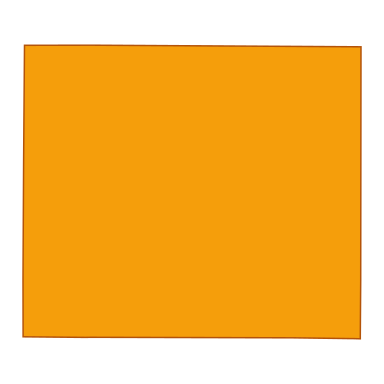 Barron, Wisconsin, United States of America
{"feature_id": "52423323B47194785340337", "entity_name": "Barron", "entity_type": "district", "adm_level": 2, "iso_a3": "USA", "parent_name": "United States of America", "parent_adm1": "Wisconsin", "projection": "robinson", "projection_center": [-91.799, 45.423], "detail": "fine", "context": "isolated", "style": "filled", "palette": "amber", "viewbox_px": 384, "rotation_deg": 0, "n_neighbors": 0, "source": "geoboundaries", "source_scale": "gbopen_adm2", "svg_char_len": 313}
<svg xmlns="http://www.w3.org/2000/svg" viewBox="0 0 384 384"><path d="M361.0,46.8L92.1,45.2L24.5,45.3L23.6,162.1L23.0,278.9L23.1,336.8L85.7,337.4L90.5,337.3L292.5,337.8L350.8,338.6L351.7,338.6L353.1,338.6L360.3,338.8L360.3,336.4L360.7,280.8L361.0,46.8Z" fill="#f59e0b" stroke="#b45309" stroke-width="1.5"/></svg>